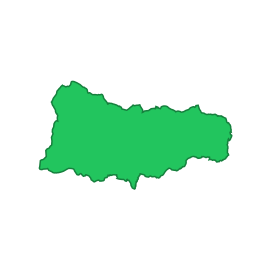 Dragomiresti, Maramures, Romania, rotated 70°
{"feature_id": "2599482B97078455585458", "entity_name": "Dragomiresti", "entity_type": "district", "adm_level": 2, "iso_a3": "ROU", "parent_name": "Romania", "parent_adm1": "Maramures", "projection": "equal_earth", "projection_center": [24.279, 47.603], "detail": "fine", "context": "isolated", "style": "filled", "palette": "green", "viewbox_px": 256, "rotation_deg": 70, "n_neighbors": 0, "source": "geoboundaries", "source_scale": "gbopen_adm2", "svg_char_len": 5838}
<svg xmlns="http://www.w3.org/2000/svg" viewBox="0 0 256 256"><g transform="rotate(70 128 128)"><path d="M148.5,192.9L150.0,192.9L154.3,191.9L155.0,191.0L155.2,190.4L155.1,189.5L154.6,188.6L154.6,188.2L154.8,187.8L156.7,187.1L158.1,186.4L158.3,184.2L158.0,183.9L157.6,183.8L157.6,183.5L157.8,183.1L158.6,182.4L159.4,181.2L162.3,180.2L164.1,180.3L164.7,179.8L167.0,178.3L167.1,177.7L166.7,175.3L166.9,173.7L167.2,173.1L168.1,172.8L168.2,172.7L168.8,170.9L169.1,169.0L168.9,168.4L168.4,167.9L167.2,167.2L167.0,165.8L167.0,165.4L167.4,164.9L167.3,164.6L166.5,163.6L165.7,162.9L166.2,162.7L166.3,162.4L166.5,162.2L165.9,161.5L166.0,161.3L166.3,161.1L166.2,160.5L166.5,160.5L166.7,160.3L166.9,159.0L166.7,158.5L167.3,156.7L168.0,155.5L168.1,154.7L168.4,154.6L169.1,155.1L171.0,154.9L171.5,155.0L171.7,155.5L172.9,153.9L174.4,151.0L174.6,150.2L175.0,149.5L176.8,148.7L177.0,148.4L176.9,148.0L177.4,147.8L177.3,147.3L176.2,146.9L176.0,146.4L177.0,146.1L177.4,145.1L177.8,144.9L178.5,145.0L179.1,144.8L180.2,144.4L181.3,144.4L183.2,144.8L184.4,144.6L184.9,144.4L185.6,144.5L186.7,143.7L187.6,142.6L187.2,141.9L185.9,141.5L185.8,141.0L185.0,140.4L184.2,140.6L184.0,140.0L183.0,139.7L182.1,138.9L181.4,138.8L181.3,138.6L181.5,138.4L181.5,138.0L180.9,137.4L180.1,137.2L179.8,136.3L179.1,135.7L177.9,135.6L177.5,134.5L176.5,133.6L176.2,132.7L175.3,132.5L175.3,131.9L176.5,130.5L176.6,130.0L177.7,128.8L178.2,128.4L179.3,128.4L180.4,126.9L181.2,125.3L180.8,124.5L180.8,123.2L182.1,122.1L182.8,119.3L183.6,118.6L184.5,118.3L184.4,117.6L185.4,116.4L185.4,116.0L185.4,115.2L184.6,114.2L184.1,113.2L184.2,111.9L183.9,110.8L182.2,108.7L180.7,106.3L180.1,104.2L179.8,103.5L180.0,102.8L180.8,101.9L182.4,101.1L182.8,100.2L183.6,98.9L183.9,97.8L184.7,97.3L184.6,96.6L184.9,96.1L184.1,93.7L183.8,93.2L183.9,92.4L184.2,92.4L184.1,92.0L183.5,90.6L183.0,90.0L183.4,88.9L183.4,88.0L181.4,85.8L180.1,85.1L178.7,84.7L178.3,84.4L177.1,81.8L177.2,81.0L177.0,80.2L177.2,79.3L176.8,78.5L176.8,77.4L177.3,75.7L178.2,74.8L178.3,74.2L179.6,73.3L179.9,72.8L180.4,72.6L180.9,70.7L180.9,68.9L180.5,68.6L180.5,68.3L180.2,68.2L180.7,67.3L180.7,66.7L182.4,64.9L182.5,64.5L182.4,63.2L182.9,62.4L183.3,61.4L184.3,61.6L185.5,62.6L185.5,61.9L185.9,61.3L186.0,60.7L187.3,59.5L187.3,58.8L187.6,57.8L188.0,57.5L188.3,56.9L189.7,56.5L190.1,56.4L190.3,56.1L190.3,55.7L190.5,55.2L190.5,54.7L190.8,53.8L190.2,53.1L190.1,52.3L190.9,51.4L190.8,50.6L190.3,50.1L190.6,49.7L190.5,49.1L190.2,48.4L190.3,48.2L190.3,47.4L190.1,46.6L189.1,45.7L189.1,45.2L188.1,43.8L187.8,42.7L186.3,42.7L185.4,43.1L182.4,41.9L181.4,41.4L181.1,41.0L180.8,41.1L179.9,40.6L177.5,40.5L176.9,39.8L176.2,39.3L175.3,39.3L174.5,38.5L173.0,37.8L172.6,37.3L174.4,37.1L174.3,36.6L173.5,35.7L173.3,35.3L172.9,35.1L171.5,33.6L171.0,33.5L170.6,33.1L170.1,33.1L169.3,33.9L167.3,33.7L166.9,33.5L166.6,32.8L167.0,32.4L166.2,32.3L165.0,31.7L163.5,31.6L161.5,31.0L160.0,31.0L158.9,31.5L157.6,31.7L157.7,32.0L157.5,32.4L156.1,33.2L154.5,32.9L152.3,32.8L149.9,35.3L149.7,35.2L149.1,36.1L148.7,36.0L147.9,38.1L147.9,38.5L147.6,38.8L147.6,39.1L147.4,39.1L147.4,39.9L146.5,40.0L144.9,41.4L144.4,44.0L143.9,44.6L143.9,45.1L143.3,45.6L142.9,47.2L142.5,47.8L142.6,48.0L142.3,49.3L141.4,50.5L140.1,51.5L138.9,53.7L137.5,54.0L136.4,54.0L135.8,54.3L134.5,54.5L130.6,54.3L130.2,56.5L131.0,57.0L131.4,58.2L130.7,58.6L130.5,58.9L130.3,60.0L130.3,61.9L130.4,62.7L131.1,63.9L131.4,64.9L131.3,67.5L131.7,70.0L131.5,72.2L131.3,72.6L130.4,73.3L129.3,75.0L129.0,76.0L129.1,76.5L129.0,76.9L129.1,77.6L128.4,77.8L126.4,79.5L125.1,81.2L123.0,82.9L121.4,83.7L120.4,84.9L119.6,86.7L119.4,88.4L119.5,89.5L119.9,89.7L120.9,91.0L120.5,91.4L119.9,92.4L119.3,92.6L119.3,92.8L118.9,92.7L118.7,92.8L119.0,93.3L118.7,93.7L118.2,93.9L117.8,93.8L117.5,94.2L118.1,94.3L118.2,94.8L117.8,94.7L117.8,94.9L118.3,95.3L118.4,94.5L118.5,94.5L119.2,95.6L119.2,95.9L118.4,97.1L117.8,99.7L118.3,101.0L118.2,101.4L118.7,102.7L118.2,104.5L117.7,106.7L118.1,107.6L118.3,108.5L118.3,109.2L116.7,108.2L115.8,108.1L111.8,109.0L110.3,109.0L110.1,109.9L110.2,110.4L109.6,111.9L109.3,114.1L109.1,114.6L108.5,114.9L108.2,115.5L108.6,116.0L109.5,118.9L110.2,120.5L110.7,122.3L110.8,123.3L108.7,126.2L108.3,127.1L106.1,127.3L105.2,128.3L104.9,128.3L104.8,128.8L104.4,128.9L104.5,129.3L104.2,129.6L102.6,130.8L100.7,133.2L100.1,134.2L99.3,134.9L99.0,135.7L98.0,137.6L98.0,137.8L98.6,138.1L98.5,138.9L97.9,138.9L97.9,138.6L98.3,138.3L98.1,138.1L97.8,138.3L97.4,138.9L95.7,139.3L92.5,140.5L91.3,140.7L90.6,140.5L88.8,140.5L87.8,140.8L87.3,141.4L87.2,143.2L86.5,144.3L86.6,145.2L85.5,147.2L84.6,149.8L83.6,150.7L83.0,151.0L81.9,151.8L81.7,152.2L81.6,153.1L81.5,153.5L80.9,153.7L77.9,153.3L76.8,153.7L75.7,154.7L74.9,155.1L74.6,155.5L74.5,155.9L74.0,156.5L70.8,158.2L67.9,160.7L65.8,163.0L65.1,164.6L65.2,165.3L65.4,165.6L67.7,167.2L68.2,168.1L68.8,169.5L68.1,170.5L68.1,171.8L68.0,172.5L66.7,173.7L65.9,174.8L65.4,175.0L66.1,176.8L66.9,177.9L67.5,179.4L68.3,180.3L68.4,181.0L69.1,182.1L71.4,183.5L71.9,184.0L74.6,188.1L75.7,189.0L77.4,190.8L77.5,191.1L78.5,190.9L79.3,191.1L80.6,191.1L81.7,190.9L82.2,190.5L83.2,190.6L85.6,190.1L86.5,190.1L87.9,190.5L89.4,190.4L89.8,190.4L90.2,189.9L90.9,190.1L92.0,189.7L92.3,189.8L93.7,190.7L94.4,191.0L96.5,191.6L97.4,191.7L97.0,192.1L96.8,192.7L96.9,193.6L97.6,194.8L98.8,196.1L101.5,197.4L103.6,199.5L105.9,200.5L107.2,200.4L107.9,200.5L110.6,203.1L114.3,203.9L117.8,205.5L118.1,205.9L118.4,207.0L118.8,207.7L119.8,208.7L120.1,211.4L121.0,212.9L126.9,214.6L128.6,218.2L128.4,220.4L128.7,221.5L133.7,223.9L135.4,225.0L136.4,224.9L136.8,224.7L137.5,223.5L137.7,222.7L137.6,221.8L138.6,218.5L138.6,217.4L140.7,216.9L143.0,214.6L144.3,213.7L145.1,212.3L145.4,211.2L145.8,210.4L145.9,209.3L146.2,208.6L146.5,205.3L146.5,203.3L145.8,199.4L145.6,197.6L146.5,195.4L147.1,194.3L147.9,193.2L148.5,192.9Z" fill="#22c55e" stroke="#15803d" stroke-width="1.5"/></g></svg>